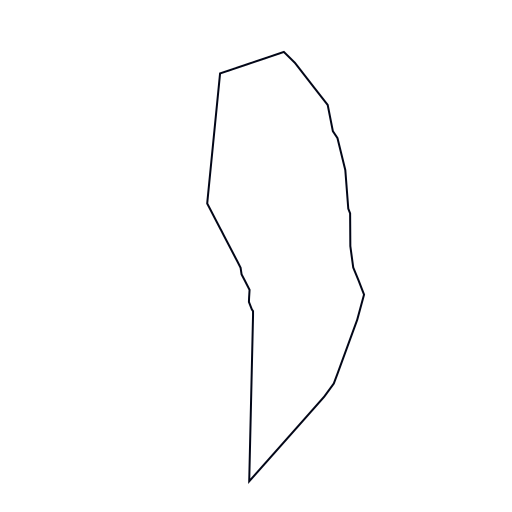 outline of San Andrés Zabache, Oaxaca, Mexico, rotated 225°
{"feature_id": "50627088B34708786687767", "entity_name": "San Andrés Zabache", "entity_type": "district", "adm_level": 2, "iso_a3": "MEX", "parent_name": "Mexico", "parent_adm1": "Oaxaca", "projection": "robinson", "projection_center": [-96.861, 16.605], "detail": "fine", "context": "isolated", "style": "outline", "palette": "ink", "viewbox_px": 512, "rotation_deg": 225, "n_neighbors": 0, "source": "geoboundaries", "source_scale": "gbopen_adm2", "svg_char_len": 704}
<svg xmlns="http://www.w3.org/2000/svg" viewBox="0 0 512 512"><g transform="rotate(225 256 256)"><path d="M101.5,91.9L103.4,123.9L106.7,178.9L108.3,204.8L110.8,220.8L115.2,230.5L139.3,282.4L152.3,305.1L166.1,311.2L179.1,316.6L196.3,329.7L219.6,352.7L224.2,354.7L253.6,379.9L281.8,397.0L289.9,398.6L312.1,413.5L334.9,416.3L365.0,420.1L380.6,420.0L410.5,359.7L332.4,264.4L328.7,259.9L327.6,258.6L321.2,256.6L311.8,253.6L299.7,249.8L299.2,249.7L293.1,247.7L285.1,245.2L280.3,243.7L274.9,242.0L268.6,240.0L265.0,238.9L263.2,238.3L258.6,236.8L253.2,232.8L247.1,230.9L236.6,227.5L231.2,221.4L228.5,218.5L221.2,215.3L219.1,214.9L215.8,211.6L101.5,91.9Z" fill="none" stroke="#020617" stroke-width="2"/></g></svg>